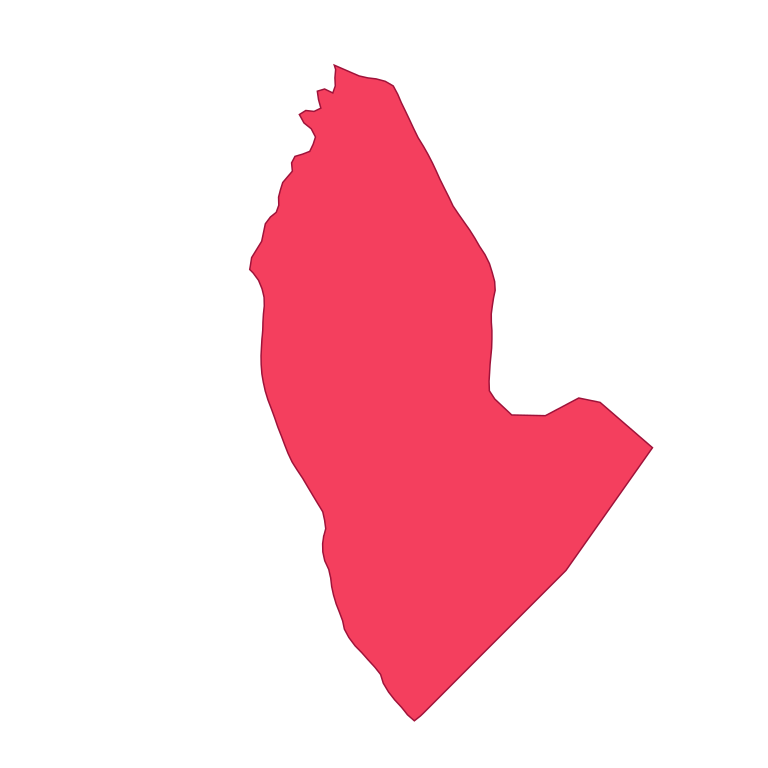 Dahr, Shabwah, Yemen, rotated 135°
{"feature_id": "15242507B29053891717332", "entity_name": "Dahr", "entity_type": "district", "adm_level": 2, "iso_a3": "YEM", "parent_name": "Yemen", "parent_adm1": "Shabwah", "projection": "equal_earth", "projection_center": [47.604, 15.508], "detail": "fine", "context": "isolated", "style": "filled", "palette": "rose", "viewbox_px": 768, "rotation_deg": 135, "n_neighbors": 0, "source": "geoboundaries", "source_scale": "gbopen_adm2", "svg_char_len": 2223}
<svg xmlns="http://www.w3.org/2000/svg" viewBox="0 0 768 768"><g transform="rotate(135 384 384)"><path d="M239.2,149.1L244.2,218.2L256.2,236.4L292.3,247.5L315.6,271.8L316.3,295.0L314.3,304.7L307.8,311.6L301.5,317.2L295.1,322.9L288.9,328.0L282.6,333.2L276.0,339.4L269.9,345.5L264.5,351.7L258.6,357.7L252.1,362.7L245.7,367.4L239.2,371.6L233.3,378.2L228.6,386.4L224.3,394.6L221.1,404.1L219.1,413.8L216.6,423.1L214.5,432.4L212.9,441.7L211.1,451.9L209.3,461.1L206.2,469.7L202.9,479.7L199.7,489.2L196.5,497.6L193.4,506.2L190.6,515.0L188.1,524.0L185.7,534.1L182.4,543.7L178.9,553.3L175.8,562.1L172.8,570.8L169.4,579.2L166.7,588.2L169.1,597.2L173.8,605.3L179.0,611.9L183.8,619.5L187.2,628.1L190.5,636.5L193.7,644.6L195.8,640.6L202.2,635.2L207.7,629.2L214.4,626.0L217.4,634.6L224.1,638.2L229.2,631.4L233.6,623.7L240.7,626.2L243.1,629.2L245.9,632.7L253.3,634.4L256.0,625.2L255.0,615.9L257.8,607.1L264.6,603.6L272.0,601.0L279.2,604.2L286.0,607.9L293.0,605.7L298.3,599.3L305.8,598.7L313.1,598.1L319.8,594.6L326.4,590.7L332.0,584.8L338.8,581.6L346.2,582.4L354.6,581.2L369.6,571.4L388.2,567.0L394.9,562.1L398.0,559.9L398.0,559.4L398.0,555.2L399.4,546.0L402.9,537.6L404.7,534.6L407.5,530.1L409.0,528.5L413.5,523.8L419.2,519.2L419.6,518.9L420.6,518.0L426.0,513.2L428.8,510.5L431.8,507.7L435.7,504.4L438.3,502.3L444.8,496.5L451.0,490.9L457.1,484.6L463.2,477.5L468.3,470.3L469.8,467.9L473.0,462.9L474.1,460.8L477.2,455.0L481.4,445.6L485.4,437.0L488.6,430.5L489.6,428.4L492.6,421.5L493.4,419.6L497.2,411.3L500.9,402.8L504.1,393.9L505.0,390.1L506.3,384.2L508.2,374.7L509.0,371.7L510.6,365.4L513.0,355.9L515.4,346.3L516.5,341.6L517.7,336.9L522.3,329.7L527.5,322.9L533.2,319.6L534.1,319.2L535.9,317.8L540.3,314.5L546.0,308.5L550.2,302.0L550.9,300.9L554.2,291.9L557.7,286.4L558.8,284.6L564.2,277.8L568.9,270.5L571.7,265.3L573.3,262.4L577.0,253.9L580.7,245.8L585.4,238.6L587.6,231.2L588.1,229.5L589.6,219.2L589.7,209.5L589.8,208.1L590.3,200.1L590.7,190.4L591.8,181.0L596.1,172.9L598.6,162.9L598.7,162.0L599.8,153.2L600.2,143.0L600.5,140.3L600.7,138.3L601.3,133.5L600.7,124.4L596.5,123.9L593.0,123.5L589.3,123.4L586.1,123.4L519.8,123.5L457.3,123.5L422.2,123.5L387.2,123.5L239.2,149.1Z" fill="#f43f5e" stroke="#9f1239" stroke-width="1.5"/></g></svg>